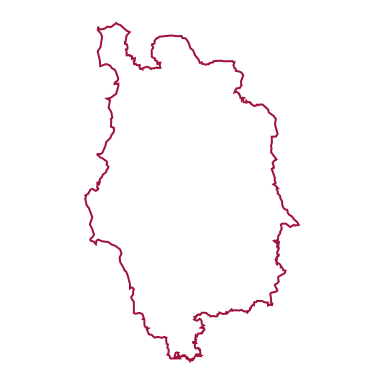 Nilphamari, Rangpur, Bangladesh
{"feature_id": "16705992B74406959438199", "entity_name": "Nilphamari", "entity_type": "district", "adm_level": 2, "iso_a3": "BGD", "parent_name": "Bangladesh", "parent_adm1": "Rangpur", "projection": "orthographic", "projection_center": [88.949, 26.021], "detail": "fine", "context": "isolated", "style": "outline", "palette": "rose", "viewbox_px": 384, "rotation_deg": 0, "n_neighbors": 0, "source": "geoboundaries", "source_scale": "gbopen_adm2", "svg_char_len": 5935}
<svg xmlns="http://www.w3.org/2000/svg" viewBox="0 0 384 384"><path d="M193.5,359.1L196.4,354.2L197.8,354.4L196.8,355.2L197.3,356.0L198.4,355.1L198.5,355.9L200.5,356.1L200.0,355.3L200.6,355.2L199.1,354.5L200.4,354.2L200.0,349.6L199.1,349.6L198.6,348.0L195.7,348.5L194.9,347.0L194.8,345.0L194.9,343.8L195.9,343.3L194.5,342.6L193.3,343.0L193.1,342.0L195.8,341.7L196.1,339.7L195.1,339.5L195.8,335.3L196.9,336.5L198.1,333.6L201.9,333.4L201.7,332.4L203.0,331.8L203.1,330.7L204.4,329.9L204.1,328.2L200.8,327.7L203.8,325.4L202.5,324.9L201.7,323.6L201.7,321.2L200.6,319.3L199.4,318.8L198.2,320.1L196.6,320.7L194.1,319.5L195.6,317.9L194.5,317.0L197.0,315.8L197.3,314.9L199.2,314.4L199.6,315.0L200.4,314.8L201.8,312.7L206.2,312.9L208.1,314.8L209.4,315.0L210.4,316.5L212.6,316.0L216.9,316.5L217.4,316.0L217.4,314.4L218.5,314.3L219.4,312.5L222.8,314.0L226.9,313.6L227.1,312.9L225.4,311.7L227.9,312.6L231.6,309.3L232.2,310.8L234.3,310.2L239.3,310.5L241.6,309.9L244.4,311.6L247.2,311.2L246.9,313.4L248.2,311.3L250.0,309.9L250.0,308.2L251.0,307.8L251.2,306.7L253.7,304.1L254.0,304.5L254.2,302.3L256.1,302.2L257.0,300.9L262.3,301.1L265.4,302.6L267.3,302.4L267.9,302.9L268.0,305.5L271.1,304.1L271.2,305.0L272.0,305.1L272.4,303.8L270.7,301.6L271.2,300.5L270.3,294.0L271.2,292.8L275.6,291.8L277.2,290.8L277.4,290.2L274.8,285.4L275.1,284.5L277.5,283.2L278.8,281.4L278.2,279.8L278.3,276.8L284.9,273.0L285.5,270.5L283.2,270.2L282.6,268.3L281.6,267.1L280.8,267.3L280.8,265.6L279.8,264.2L278.0,263.1L277.0,263.5L276.9,264.2L276.5,263.8L276.7,261.1L276.0,260.9L275.7,259.2L276.5,258.2L277.0,258.5L276.9,256.8L277.4,256.1L278.4,256.1L278.8,254.8L277.5,254.1L277.1,252.5L278.8,248.7L278.4,246.6L277.8,246.3L277.3,247.0L277.0,246.0L277.9,244.4L278.6,244.4L278.5,242.8L279.1,242.1L278.7,241.5L278.0,241.8L278.0,242.7L277.1,243.4L273.9,240.9L274.7,240.5L276.1,241.0L278.0,239.3L278.3,236.0L280.3,233.1L280.2,231.8L281.8,228.5L280.9,224.6L281.9,223.7L285.8,223.6L290.2,227.0L294.0,224.8L295.3,225.6L298.8,224.9L297.4,222.4L293.6,218.9L292.1,216.5L289.3,214.9L287.9,213.0L287.2,209.9L285.0,209.3L283.3,207.7L282.4,205.5L282.0,201.2L280.4,198.4L280.1,195.9L277.7,193.4L277.8,191.7L276.6,188.7L276.8,188.1L277.7,188.1L275.6,185.7L273.4,184.3L275.6,182.9L274.6,180.4L274.8,177.5L271.7,169.0L273.4,168.2L273.1,167.7L274.0,167.0L272.6,162.9L274.2,160.7L276.5,159.5L271.1,152.2L271.5,148.2L271.0,145.8L271.9,142.6L271.7,136.7L276.1,136.5L277.6,133.8L275.0,124.4L275.8,118.9L273.6,115.9L268.9,112.5L268.0,109.4L262.5,104.5L259.2,104.5L258.6,105.2L256.6,104.7L256.1,105.6L254.2,106.0L250.5,103.5L250.7,102.8L249.2,101.9L247.3,102.4L246.3,100.9L246.1,102.5L243.9,102.2L242.6,99.8L243.9,97.9L242.9,97.8L241.8,99.8L241.7,98.5L240.2,97.6L240.4,96.2L239.5,95.2L239.2,93.7L236.4,91.7L234.5,92.4L235.4,89.9L236.7,88.3L239.6,88.1L241.6,85.2L241.1,84.5L241.1,81.1L243.3,75.4L241.7,72.8L239.5,71.6L235.8,70.9L235.7,68.9L234.5,68.1L233.4,65.1L234.3,62.7L233.9,62.8L233.8,61.8L233.0,61.8L232.6,61.2L223.7,61.3L221.1,60.7L213.7,61.1L213.1,62.4L209.7,63.0L208.8,64.2L208.4,63.8L206.2,64.7L201.7,63.6L201.8,62.4L199.8,62.8L198.5,59.4L195.2,55.5L193.0,50.2L190.4,48.2L188.3,42.1L185.7,38.4L182.4,38.0L181.5,36.0L177.1,36.2L171.1,35.5L159.3,36.7L157.8,38.1L156.7,38.2L154.4,40.9L154.8,42.8L153.9,43.9L152.1,44.2L151.8,44.9L153.3,47.7L151.7,50.1L151.8,56.9L155.2,58.7L155.0,60.1L157.2,61.3L157.2,63.7L157.9,64.1L159.3,62.6L160.3,62.6L159.7,65.1L160.4,67.8L157.6,68.0L157.1,67.4L153.7,68.4L151.1,68.4L150.9,68.9L148.0,66.8L146.8,66.8L142.5,68.3L142.6,69.4L140.7,69.0L139.8,68.5L139.6,65.0L137.6,65.3L136.3,64.9L135.8,63.8L134.1,64.1L133.7,61.1L134.6,60.9L134.9,58.2L131.9,58.9L131.9,57.5L132.3,57.5L131.8,56.1L129.9,55.9L129.6,55.0L126.7,55.4L126.4,54.1L126.8,53.0L126.0,49.4L127.3,49.2L127.5,47.0L126.9,44.4L125.1,43.9L124.9,42.3L125.4,42.4L126.6,35.6L129.7,32.1L126.5,30.6L120.6,25.2L117.6,24.2L116.3,23.0L111.8,26.5L110.2,27.1L107.2,26.7L104.9,28.5L100.9,29.5L98.6,28.7L98.4,26.5L97.8,30.2L100.7,33.1L102.1,36.8L100.5,47.1L97.7,51.4L99.9,60.8L100.2,66.2L105.6,64.2L107.2,64.3L110.1,65.7L112.0,68.3L114.4,69.5L115.6,71.0L118.3,78.7L117.6,80.6L114.7,82.8L114.5,84.1L118.3,83.6L118.5,85.3L116.2,93.8L110.4,98.0L106.9,98.6L110.0,100.4L108.6,107.6L111.4,112.2L112.3,117.8L110.9,118.9L111.3,121.1L110.9,126.6L113.9,127.9L113.9,131.9L111.7,134.8L110.2,138.2L106.1,142.2L105.5,145.7L102.4,152.8L100.3,154.1L97.6,154.0L97.3,154.6L100.4,157.5L102.2,158.1L106.6,161.3L107.2,162.5L106.6,164.7L108.4,166.7L108.4,167.6L106.4,170.3L106.6,171.1L106.0,172.2L102.9,174.6L102.0,176.9L99.7,179.3L99.9,182.0L99.1,184.2L97.9,184.2L98.1,182.3L97.3,182.8L97.4,184.3L98.1,184.9L97.3,186.0L97.2,187.7L98.3,188.5L98.0,189.5L95.7,190.9L92.8,189.0L90.5,189.5L88.1,193.9L85.4,195.4L86.0,196.4L85.2,198.6L86.7,205.4L88.9,208.1L92.3,217.2L89.9,224.4L92.3,229.2L94.0,234.6L92.8,236.8L90.3,239.1L90.3,240.1L91.1,240.9L93.6,241.5L95.9,244.2L96.5,240.6L98.2,239.6L102.1,241.3L108.2,242.0L111.7,244.6L115.3,245.8L120.2,249.5L121.5,253.7L119.6,257.5L120.2,262.1L123.7,268.1L124.2,270.0L126.3,271.9L127.8,275.7L130.0,284.4L130.0,288.4L131.2,287.5L132.7,287.8L133.9,289.3L133.3,290.6L133.0,294.6L131.2,297.1L131.5,298.5L133.8,301.7L133.9,313.1L135.3,313.7L140.1,312.9L142.6,314.4L143.7,317.6L143.0,318.9L144.0,318.7L144.3,319.5L144.5,325.6L145.6,327.3L147.0,327.3L147.0,328.2L148.3,328.4L146.8,329.4L148.9,334.3L151.6,334.8L154.5,337.6L158.0,336.9L161.9,337.8L164.4,336.9L166.5,337.8L166.1,339.0L166.6,343.8L167.9,344.4L167.3,347.6L168.5,349.3L168.7,352.3L167.5,354.7L169.2,355.2L169.9,356.8L169.8,357.7L170.6,358.5L180.2,358.4L179.4,357.0L178.0,356.2L175.6,357.5L174.5,357.1L175.6,352.9L176.7,352.4L178.5,352.8L177.9,353.7L178.1,354.9L180.4,356.6L183.1,356.2L182.1,355.8L183.0,355.2L185.0,355.3L186.7,358.7L187.3,358.7L187.5,357.7L188.1,358.4L187.9,359.3L188.7,359.8L188.7,359.0L189.7,359.9L190.2,358.7L190.4,361.0L191.6,359.6L193.0,360.8L192.0,358.9L193.0,358.5L193.5,359.1Z" fill="none" stroke="#9f1239" stroke-width="2"/></svg>